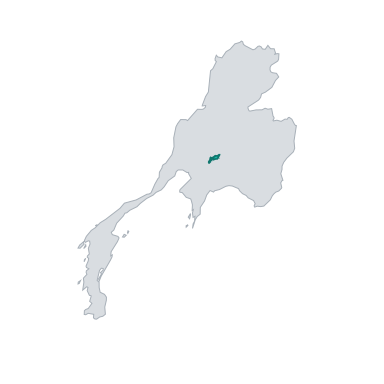 location of Muak Lek, Lop Buri, Thailand, rotated 39°
{"feature_id": "78962969B19510908422026", "entity_name": "Muak Lek", "entity_type": "district", "adm_level": 2, "iso_a3": "THA", "parent_name": "Thailand", "parent_adm1": "Lop Buri", "projection": "equal_earth", "projection_center": [101.32, 14.773], "detail": "fine", "context": "in_parent", "style": "filled", "palette": "teal", "viewbox_px": 384, "rotation_deg": 39, "n_neighbors": 0, "source": "geoboundaries", "source_scale": "gbopen_adm2", "svg_char_len": 6096}
<svg xmlns="http://www.w3.org/2000/svg" viewBox="0 0 384 384"><g transform="rotate(39 192 192)"><path d="M169.4,31.4L169.7,32.9L171.0,30.9L172.6,29.9L175.8,34.4L176.2,36.3L173.8,43.5L174.2,45.9L175.7,47.9L177.5,49.0L179.4,48.7L183.0,46.6L187.0,48.0L186.7,52.8L188.2,60.4L186.2,68.2L184.3,72.0L185.8,75.4L185.9,78.6L182.0,90.7L182.8,91.7L185.2,93.0L186.2,92.6L190.2,87.8L194.7,84.1L196.1,80.9L198.9,79.9L201.4,77.1L207.2,82.0L208.7,82.4L209.5,83.3L209.8,85.3L210.5,85.6L212.8,82.8L216.8,81.0L218.4,76.8L220.2,75.6L220.0,73.5L220.6,72.8L223.8,72.6L228.8,74.8L230.5,75.2L231.3,74.7L239.2,88.2L244.3,93.4L245.5,96.9L244.4,106.0L244.6,111.2L245.7,115.2L247.8,117.9L249.5,121.9L255.3,125.7L254.8,126.6L255.2,129.1L258.9,132.0L259.2,132.9L258.8,136.6L257.2,139.4L256.8,141.7L256.8,144.5L257.8,148.8L256.7,157.7L254.5,160.2L251.7,161.9L250.2,164.3L249.0,163.7L248.4,161.3L245.3,159.9L239.3,161.2L236.3,160.6L232.3,161.5L228.3,161.1L226.0,160.1L219.5,162.0L216.7,163.8L214.7,166.3L211.8,172.8L208.8,176.8L208.8,178.5L205.1,179.5L205.3,185.0L207.4,191.1L208.1,198.7L212.3,204.1L211.5,207.8L212.0,211.5L215.3,220.0L212.9,216.0L212.4,213.2L209.6,209.0L208.8,211.1L205.5,207.9L204.1,204.8L203.7,206.2L200.4,201.7L197.2,199.3L195.3,198.2L190.8,199.8L184.9,198.6L182.7,199.8L181.8,199.0L181.2,197.7L182.9,181.9L177.8,179.9L177.0,178.9L175.9,180.0L170.9,180.7L167.4,183.6L166.9,186.0L168.5,190.4L166.4,198.2L167.1,205.6L166.8,209.7L164.3,214.9L163.7,219.0L160.9,225.4L159.0,233.4L158.5,238.1L155.2,245.2L154.4,249.2L153.2,250.7L153.7,253.9L153.1,263.7L155.2,270.8L154.6,274.1L156.9,275.3L162.4,273.1L164.2,273.6L165.3,277.5L166.7,289.2L169.0,292.8L169.6,291.0L170.7,292.8L171.5,296.3L174.4,314.7L175.9,319.5L174.1,318.3L173.2,312.5L171.6,312.3L172.1,308.6L171.1,307.3L169.5,308.3L169.5,311.2L173.9,320.4L176.6,320.6L180.0,324.7L183.7,327.7L188.4,326.6L191.7,327.6L193.6,330.1L196.6,336.3L201.6,341.5L200.9,344.7L198.9,347.3L197.9,350.8L196.5,351.8L194.6,351.8L192.6,348.9L187.7,351.6L186.6,354.3L185.3,355.0L183.1,352.0L183.3,350.3L184.7,347.8L184.3,341.5L181.3,341.4L179.3,336.6L178.7,336.1L177.3,336.9L172.6,334.6L171.2,331.6L169.8,331.9L168.8,337.0L164.7,330.1L161.8,327.3L162.2,322.2L160.3,321.1L159.5,319.7L160.2,316.6L157.5,317.1L156.3,316.3L154.7,310.8L153.4,308.6L151.6,308.6L151.0,307.5L151.2,304.8L146.9,301.0L145.5,296.6L143.4,294.6L142.1,295.2L140.8,298.3L139.8,298.1L138.9,297.3L137.8,292.9L137.9,285.2L139.3,280.7L140.0,273.6L142.1,267.6L146.3,250.0L146.5,243.2L153.6,233.3L158.4,222.1L160.0,220.4L160.7,218.3L158.2,209.3L157.1,203.0L157.3,201.4L154.2,197.1L153.5,192.2L152.7,190.7L152.4,189.1L153.5,186.2L152.9,175.6L149.6,168.2L143.7,161.4L138.5,151.4L137.8,147.9L137.6,142.8L141.9,139.5L143.6,139.3L144.2,124.3L147.9,121.4L148.7,120.2L149.1,117.7L148.2,116.2L145.8,118.7L145.4,118.1L142.5,109.3L141.8,104.0L130.1,86.1L130.6,83.1L128.9,75.3L127.2,75.2L126.0,73.8L124.8,70.4L127.1,70.8L130.8,68.9L130.2,61.4L131.8,57.1L132.1,49.9L135.0,45.7L135.4,43.6L136.9,43.4L139.0,44.9L141.1,44.9L149.9,43.1L151.1,41.2L151.6,37.3L152.5,36.1L154.5,35.7L156.7,36.5L159.1,35.0L158.7,30.3L162.9,31.2L165.7,29.0L169.4,31.4ZM141.0,300.4L140.4,306.1L138.7,307.3L138.1,303.9L139.1,298.6L139.6,299.8L141.0,300.4ZM168.1,267.0L167.8,269.8L166.3,270.7L165.9,267.6L168.1,267.0ZM205.1,210.4L207.0,214.3L204.9,213.9L204.4,210.1L205.1,210.4ZM161.3,335.2L160.3,333.6L161.1,330.9L161.9,334.1L161.3,335.2ZM143.8,301.0L143.4,304.1L142.6,299.9L143.8,301.0ZM168.2,264.6L167.4,264.2L166.7,262.4L167.7,262.4L168.2,264.6ZM151.1,310.4L152.1,314.1L151.0,312.3L151.1,310.4ZM209.9,220.6L209.6,223.0L208.7,222.0L209.3,220.3L209.9,220.6ZM139.0,278.2L138.0,279.1L138.9,276.9L139.0,278.2Z" fill="#d9dde1" stroke="#a8b0b8" stroke-width="1"/><path d="M187.4,159.0L187.4,158.8L187.2,158.4L187.1,158.2L186.9,158.0L186.9,157.9L186.7,157.8L186.7,157.6L186.4,157.4L186.5,157.3L186.4,157.3L186.5,157.2L186.7,156.9L186.8,156.9L186.7,156.8L186.8,156.8L186.8,156.6L187.0,156.4L186.9,156.3L186.9,156.2L186.8,155.9L186.8,155.7L186.9,155.4L186.8,155.2L186.8,154.9L186.8,154.7L186.7,154.7L186.8,154.7L186.7,154.6L186.8,154.6L186.8,154.4L186.8,154.2L186.7,154.1L186.7,153.9L186.6,153.7L186.5,153.4L186.7,153.2L186.6,152.9L186.7,152.7L186.8,152.7L186.8,152.8L186.9,152.7L187.0,152.7L187.0,152.9L187.1,153.0L187.3,153.2L187.5,153.2L187.7,153.3L187.7,153.2L187.8,153.2L187.8,153.3L187.8,153.2L187.8,153.3L188.0,153.3L188.1,153.1L188.1,152.9L188.2,153.0L188.4,153.1L188.4,152.8L188.4,152.7L188.5,152.7L188.8,152.6L188.9,152.4L189.0,152.4L189.0,152.2L189.2,151.9L189.3,151.8L189.3,151.7L189.5,151.7L189.8,151.5L190.0,151.2L190.2,150.9L190.3,150.8L190.4,150.7L190.6,150.6L190.8,150.5L190.9,150.4L190.9,150.2L190.9,149.9L190.8,149.7L190.8,149.4L190.8,149.2L190.7,149.1L190.8,149.0L190.7,149.0L190.7,148.9L190.7,148.7L190.5,148.4L190.5,148.2L190.5,147.9L190.5,147.7L190.4,147.6L190.4,147.4L190.4,147.2L190.4,147.3L190.4,147.2L190.3,146.8L190.3,146.7L190.2,146.5L190.3,146.5L190.3,146.4L190.2,146.3L190.2,146.1L190.1,145.9L190.0,145.7L189.9,145.8L189.7,145.8L189.6,146.1L189.5,146.3L189.4,146.3L189.4,146.6L189.2,147.1L189.2,147.3L189.2,147.5L188.9,147.7L188.9,147.8L188.9,148.1L188.7,148.1L188.5,148.3L188.3,148.4L188.3,148.5L188.1,148.6L187.9,148.8L187.9,149.0L187.7,149.3L187.6,149.2L187.4,149.1L187.2,149.1L187.1,149.4L187.0,149.6L187.0,150.1L186.9,150.4L187.0,150.4L187.0,150.6L187.2,150.8L187.2,151.0L187.1,151.3L186.9,151.4L186.8,151.5L186.7,151.6L186.4,151.9L186.4,152.0L186.4,152.3L186.2,152.3L186.0,152.6L186.0,152.9L185.9,153.0L185.7,153.3L185.5,153.5L185.4,153.7L185.4,153.8L185.2,153.8L185.0,153.7L184.9,153.7L184.8,153.3L184.7,153.3L184.7,153.6L184.8,153.6L184.7,153.8L184.7,154.1L184.8,154.2L184.8,154.3L184.9,154.5L185.1,154.6L185.2,154.8L185.3,154.9L185.4,155.0L185.5,155.0L185.5,154.9L185.6,155.0L185.6,155.3L185.6,155.5L185.6,155.8L185.7,156.1L185.7,156.3L185.8,156.4L185.8,156.5L186.1,156.8L186.2,157.0L186.1,157.3L185.9,157.3L185.8,157.5L185.9,157.8L186.0,157.9L186.1,158.0L186.3,158.4L186.3,158.5L186.5,158.6L186.8,158.7L186.9,158.8L187.0,158.7L187.2,158.8L187.4,158.9L187.4,159.0Z" fill="#14b8a6" stroke="#0f766e" stroke-width="1.5"/></g></svg>